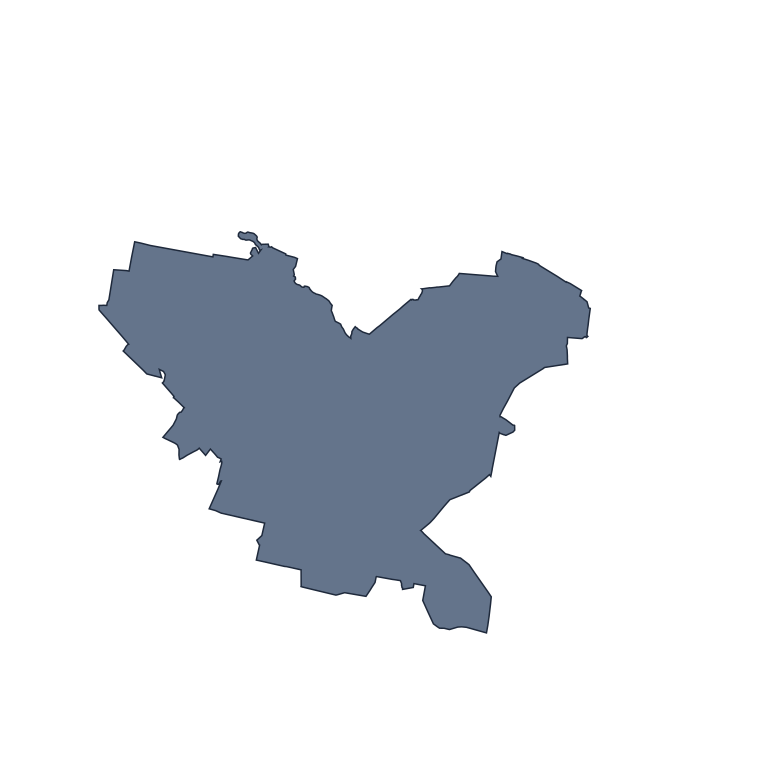 the district of Kalupes pag., Daugavpils, Latvia, rotated 144°
{"feature_id": "27541924B69291798191186", "entity_name": "Kalupes pag.", "entity_type": "district", "adm_level": 2, "iso_a3": "LVA", "parent_name": "Latvia", "parent_adm1": "Daugavpils", "projection": "albers", "projection_center": [26.542, 56.088], "detail": "fine", "context": "isolated", "style": "filled", "palette": "slate", "viewbox_px": 768, "rotation_deg": 144, "n_neighbors": 0, "source": "geoboundaries", "source_scale": "gbopen_adm2", "svg_char_len": 6039}
<svg xmlns="http://www.w3.org/2000/svg" viewBox="0 0 768 768"><g transform="rotate(144 384 384)"><path d="M568.4,615.1L570.5,612.2L570.9,611.5L571.0,611.1L570.7,608.0L569.9,599.6L568.7,585.4L567.9,576.3L567.2,566.3L567.9,566.5L570.4,566.0L574.4,564.2L575.6,564.0L570.7,536.7L570.0,531.6L565.0,525.5L565.0,525.4L564.8,525.3L560.2,519.7L558.6,524.3L557.2,527.9L555.0,523.7L555.4,520.5L555.6,519.9L559.9,515.9L560.0,516.0L561.1,515.3L562.7,515.1L561.5,501.9L561.2,497.4L562.1,497.0L562.4,496.7L562.2,496.5L561.5,492.9L561.0,490.7L559.9,484.2L559.5,482.3L559.5,482.2L560.2,482.3L562.4,481.2L564.8,480.5L566.0,481.2L568.7,480.7L569.6,480.3L572.5,477.8L578.9,474.6L587.4,472.5L594.2,470.8L593.1,468.5L589.6,462.1L588.0,459.1L587.1,456.7L587.1,456.1L587.0,455.9L588.2,451.6L591.6,447.1L593.7,443.4L593.6,443.0L591.9,442.8L590.2,442.4L585.0,442.1L577.1,441.0L574.3,440.5L572.6,440.5L571.2,440.7L570.3,431.1L562.7,433.4L561.9,426.0L561.7,422.6L560.6,420.8L559.8,419.0L562.3,417.4L560.8,416.9L561.4,415.7L563.4,413.9L567.0,411.1L572.5,406.1L577.8,401.6L577.9,401.2L577.6,400.8L576.7,400.0L573.3,401.4L573.0,401.4L572.6,401.2L580.1,396.6L598.8,385.8L594.7,380.6L591.6,375.2L562.3,341.6L571.9,333.2L578.7,332.4L579.5,327.2L579.3,326.8L590.8,316.6L571.8,295.0L571.2,294.4L570.3,293.7L560.5,282.6L560.3,282.4L569.8,269.2L570.2,268.9L569.4,267.8L562.7,259.9L547.0,241.5L545.4,240.8L538.5,238.3L523.4,222.8L516.6,225.3L513.7,226.5L507.9,228.7L503.7,232.6L503.2,232.6L492.0,220.9L490.3,219.3L486.3,215.3L487.1,212.2L487.4,211.7L488.0,211.1L488.6,209.6L489.1,208.7L488.9,208.0L489.7,206.9L479.9,202.2L477.1,204.9L469.1,196.4L479.9,186.1L482.5,173.6L485.0,160.9L483.6,156.5L482.6,153.8L478.9,151.0L475.4,146.9L467.2,144.0L463.9,141.9L460.3,138.7L447.4,122.4L442.0,127.6L436.0,133.8L427.1,143.4L422.3,148.8L422.1,154.5L421.8,171.5L421.7,177.8L421.5,184.8L421.4,187.9L424.4,198.2L425.3,199.2L431.4,207.0L431.6,207.4L431.7,207.7L431.9,207.9L434.1,210.5L439.8,239.8L439.8,240.6L440.2,243.4L440.2,243.6L440.4,243.9L428.7,244.7L427.4,244.9L422.3,245.9L407.5,249.7L398.7,251.7L378.4,246.5L377.0,247.3L376.8,247.3L356.8,248.2L352.0,248.7L351.9,246.5L347.0,251.0L346.4,251.7L319.3,277.0L319.2,276.2L319.1,275.9L316.8,272.4L316.6,272.4L315.9,271.2L315.5,270.8L307.9,269.3L305.4,269.8L302.7,273.7L302.8,274.0L303.9,275.0L306.4,283.6L307.5,286.1L308.5,288.6L309.4,289.3L308.6,290.5L301.6,294.1L294.3,297.5L280.9,304.2L273.7,305.0L246.0,302.9L246.0,303.0L244.4,303.0L223.6,292.3L220.6,296.9L219.2,298.8L215.8,304.0L214.6,306.5L214.6,306.8L213.7,308.0L211.9,308.9L208.2,313.8L197.1,304.3L195.8,304.2L195.2,304.4L194.7,304.2L193.8,304.3L193.4,304.2L193.1,303.8L193.1,303.0L193.1,302.7L192.9,302.5L192.6,302.5L191.6,302.7L191.1,302.7L191.3,304.0L190.1,305.5L186.3,309.6L184.4,311.5L180.3,316.0L172.7,323.9L173.7,325.2L171.4,331.2L172.4,335.0L172.6,335.0L172.6,335.7L173.8,339.9L173.9,340.1L171.2,342.0L171.3,342.2L169.2,343.4L174.3,355.8L176.4,359.5L176.8,359.3L180.6,369.3L188.0,387.1L188.6,388.7L188.6,390.1L189.7,392.2L194.3,399.0L198.2,404.3L197.3,404.5L200.9,409.1L204.9,413.8L205.3,414.8L205.7,415.2L207.3,417.2L207.8,417.1L210.7,421.8L215.9,416.4L220.7,416.4L223.8,413.8L225.2,412.3L227.7,409.4L228.7,404.3L232.0,406.8L234.4,408.9L258.1,429.2L260.2,428.3L261.6,427.9L263.2,427.7L267.7,426.6L273.3,424.9L283.3,430.6L284.2,431.3L285.3,431.8L289.7,434.3L290.5,435.0L296.6,438.2L297.7,438.9L297.6,438.4L297.6,437.8L297.9,437.2L298.5,436.4L300.4,435.1L302.0,434.6L302.6,434.1L303.2,434.0L304.8,433.3L306.4,432.5L306.9,432.2L307.4,432.4L308.3,433.1L308.7,433.2L308.8,433.1L309.4,433.5L309.6,433.8L310.1,434.1L310.6,434.5L310.7,435.3L311.0,435.6L311.8,435.9L312.0,436.1L312.3,435.8L312.5,436.1L312.6,436.6L322.6,435.9L327.3,435.4L336.0,435.0L353.1,433.7L356.3,433.7L366.6,432.9L368.3,435.2L370.7,438.6L372.5,443.0L372.9,443.7L372.7,444.3L372.8,444.8L373.3,445.9L373.4,446.3L373.6,447.3L376.6,446.4L379.1,445.3L380.2,444.0L380.7,443.5L382.6,442.4L383.1,441.9L384.0,440.5L384.3,441.7L384.8,442.6L385.1,444.2L385.4,445.9L385.4,448.4L384.6,452.3L384.6,455.2L383.9,457.9L384.7,459.8L386.5,463.2L386.5,463.6L386.3,464.6L385.1,468.2L384.7,469.7L383.9,472.5L383.6,474.2L381.7,476.2L379.7,478.1L379.8,478.3L379.9,481.3L379.7,483.2L379.9,484.4L380.2,485.3L380.6,486.9L381.0,487.8L382.5,491.9L383.5,493.5L384.9,495.4L386.0,496.6L386.6,498.0L387.1,498.8L387.8,500.4L387.9,501.1L388.2,503.2L388.2,503.3L388.0,503.6L388.0,503.8L388.3,504.4L388.3,504.7L388.0,505.2L387.9,505.9L387.9,506.2L388.7,507.8L389.8,509.0L390.6,509.8L391.1,509.9L391.3,509.4L392.0,509.4L392.6,509.8L393.3,510.6L393.6,511.4L394.0,513.3L394.2,513.7L395.8,515.7L396.0,516.1L396.2,516.8L396.4,517.2L396.5,519.0L396.3,519.4L396.2,520.2L393.8,520.9L393.8,521.4L393.2,522.0L393.0,522.4L392.9,522.9L393.6,524.1L393.7,524.5L393.2,524.6L392.3,525.2L390.1,530.0L386.4,531.1L380.3,536.3L381.9,539.0L387.3,545.6L387.6,546.2L387.0,547.0L393.9,559.4L394.3,561.1L395.1,561.2L396.4,562.5L396.5,562.6L396.4,562.6L395.5,565.2L400.6,568.7L401.4,568.7L401.4,570.0L401.4,570.7L402.1,573.7L402.1,574.2L402.0,574.9L401.7,576.1L400.6,577.0L400.3,577.4L400.1,578.1L400.2,579.3L400.8,582.0L401.1,582.6L402.1,583.8L403.7,585.4L404.3,586.3L404.9,587.0L405.9,587.2L406.9,587.1L407.7,587.5L408.3,587.9L408.7,588.3L409.3,589.3L409.6,590.0L410.1,590.5L410.6,591.5L411.1,591.7L412.7,591.4L413.6,590.9L415.0,589.2L414.8,588.4L414.9,587.7L414.7,587.0L414.6,585.9L414.4,585.5L413.6,584.5L413.3,584.0L412.1,583.2L411.8,582.8L411.6,582.2L411.1,581.5L408.5,580.0L407.8,579.2L407.3,578.2L406.2,576.4L405.8,575.0L405.7,574.4L405.8,573.4L406.0,573.0L405.9,571.7L405.3,569.2L405.3,568.2L405.4,567.2L405.7,566.4L405.9,565.3L405.6,565.0L404.8,564.8L408.7,563.5L407.7,569.9L410.1,571.0L410.6,571.0L411.2,570.6L411.5,570.3L415.0,568.5L415.3,568.0L415.4,567.2L415.0,564.8L420.9,564.3L421.5,564.7L433.4,576.7L436.0,579.4L445.9,589.2L447.7,587.4L491.7,633.5L497.7,640.7L502.1,645.6L513.6,635.0L523.9,625.2L525.8,627.2L535.5,635.3L557.1,613.8L560.1,612.5L562.1,610.5L564.7,612.6L566.5,613.7L568.4,615.1Z" fill="#64748b" stroke="#1e293b" stroke-width="1.5"/></g></svg>